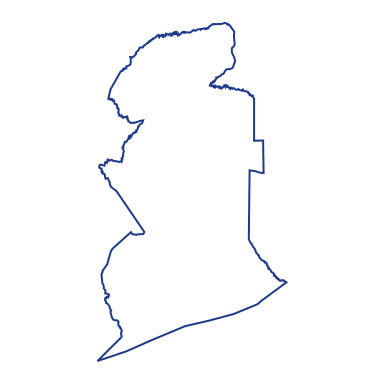 Petauke, Eastern, Zambia
{"feature_id": "96606910B40532044353326", "entity_name": "Petauke", "entity_type": "district", "adm_level": 2, "iso_a3": "ZMB", "parent_name": "Zambia", "parent_adm1": "Eastern", "projection": "equal_earth", "projection_center": [31.255, -14.345], "detail": "fine", "context": "isolated", "style": "outline", "palette": "blue", "viewbox_px": 384, "rotation_deg": 0, "n_neighbors": 0, "source": "geoboundaries", "source_scale": "gbopen_adm2", "svg_char_len": 5875}
<svg xmlns="http://www.w3.org/2000/svg" viewBox="0 0 384 384"><path d="M154.3,38.3L152.8,38.5L152.9,39.2L152.2,39.4L151.5,40.2L150.9,40.1L150.7,40.8L149.9,40.9L149.5,41.8L149.1,41.6L149.0,42.1L148.1,42.8L147.7,42.7L144.7,45.3L143.6,45.8L143.0,47.4L139.7,47.6L138.5,50.2L136.0,52.5L136.1,54.0L133.6,56.6L131.5,57.9L131.0,56.9L130.2,57.0L130.8,58.4L130.6,64.1L129.1,65.5L126.4,66.3L126.3,68.4L125.2,68.5L124.3,69.2L124.1,68.4L123.7,68.5L122.5,69.9L122.5,70.8L122.2,71.1L120.7,71.4L110.5,89.4L108.3,98.8L108.6,99.0L108.9,98.6L109.2,99.0L109.4,98.7L109.7,99.2L110.2,99.1L110.4,99.4L110.8,99.2L111.1,99.7L111.8,98.8L112.2,99.0L113.0,100.9L114.0,100.5L114.6,103.7L116.9,104.5L116.8,106.2L117.7,107.6L117.3,108.1L118.7,109.2L118.6,111.1L118.1,112.2L118.8,113.2L119.0,113.8L118.8,114.7L119.3,115.0L119.3,115.5L120.2,116.1L121.4,115.3L121.7,116.6L122.4,116.6L122.6,117.5L123.3,117.9L124.1,116.9L125.7,117.3L126.5,116.5L127.1,116.4L127.8,118.4L127.3,118.9L127.6,119.7L128.3,120.3L128.6,120.9L128.4,121.2L129.7,122.0L129.8,122.4L131.0,123.0L133.7,122.6L134.3,122.9L141.1,120.6L141.6,120.8L143.1,120.4L142.2,122.9L140.7,124.2L140.2,124.2L139.3,125.2L138.7,126.5L138.0,126.7L138.2,127.4L137.8,128.6L136.5,130.7L136.3,130.5L136.1,131.3L136.4,131.8L135.3,132.3L134.9,132.0L134.5,132.9L132.8,133.4L132.3,134.7L131.6,135.0L131.5,136.3L131.0,136.5L130.8,137.1L130.5,136.6L129.9,136.5L129.7,135.7L128.8,136.3L128.7,138.0L129.2,138.3L129.1,138.9L128.2,138.9L126.6,141.4L125.9,142.0L125.1,141.7L124.6,142.4L124.3,143.7L123.6,144.8L123.6,146.0L122.7,146.7L122.9,147.4L122.6,148.2L123.3,148.3L123.1,148.9L123.8,151.6L123.4,152.6L123.0,155.9L122.7,156.3L122.9,156.6L122.4,157.8L121.6,158.4L122.2,159.0L122.3,159.7L121.7,160.2L121.9,160.7L121.5,162.0L120.8,161.4L118.5,162.0L116.7,161.2L113.5,161.1L112.0,159.9L111.1,159.8L109.3,160.8L108.2,159.5L107.5,159.6L107.0,162.8L105.9,162.1L105.3,162.1L104.5,165.7L100.4,164.6L99.9,164.9L99.1,166.6L99.5,167.9L100.4,168.0L101.6,169.0L101.4,169.9L101.8,170.2L101.5,171.8L101.9,172.6L102.7,172.1L102.9,173.7L103.9,173.7L105.0,174.9L104.8,175.9L105.7,178.8L107.4,178.0L108.0,178.2L108.9,180.9L109.7,182.1L109.9,184.4L111.1,187.0L116.4,191.0L144.3,231.9L143.8,233.2L143.1,234.1L137.5,234.4L136.4,234.8L132.4,234.1L131.7,233.5L131.0,232.1L112.7,248.5L110.9,251.1L107.2,264.3L102.4,271.0L102.6,271.9L101.5,274.3L102.3,283.0L103.7,285.6L103.8,288.4L105.5,290.6L105.2,293.4L107.3,293.7L108.8,294.4L108.6,295.1L108.9,295.7L108.4,296.0L108.4,296.9L108.1,297.4L107.9,297.0L106.8,296.8L105.9,297.8L105.9,298.4L105.2,298.3L105.0,300.0L106.0,301.5L106.0,302.9L107.7,303.8L109.6,306.5L109.7,308.1L111.2,310.6L110.5,311.6L110.5,312.2L112.0,317.7L113.4,319.7L114.7,320.2L117.4,320.4L118.3,321.4L118.5,322.6L118.2,324.2L118.6,325.6L119.4,326.2L119.7,327.0L120.1,327.0L120.3,328.2L120.7,328.3L121.2,329.7L121.6,330.1L121.8,331.2L121.2,332.4L121.0,334.1L121.7,336.2L121.5,337.1L97.5,361.0L126.2,351.4L149.6,341.0L185.0,326.2L208.7,320.7L233.7,314.0L257.1,304.4L262.6,299.9L286.5,282.3L285.2,281.3L284.2,281.3L283.7,280.5L283.5,280.8L282.3,280.2L280.7,280.7L280.0,280.2L279.8,280.6L278.1,278.7L277.8,279.0L277.3,278.2L277.1,278.5L276.2,277.9L276.0,276.6L275.1,276.2L275.0,275.7L274.0,275.6L274.3,274.5L274.2,274.1L273.8,274.1L272.9,272.7L271.5,272.1L270.2,269.5L269.0,268.9L268.9,268.2L268.4,268.6L268.0,267.7L267.5,265.4L266.8,265.0L266.8,263.5L266.0,262.6L265.2,262.6L265.3,262.2L264.5,261.4L264.0,261.5L263.4,260.8L262.4,260.6L259.7,257.9L258.9,256.0L258.9,255.5L258.2,255.3L258.2,254.9L256.2,252.6L255.5,251.0L255.2,249.5L252.9,246.5L251.4,243.5L250.1,242.2L248.8,239.0L249.6,170.3L255.4,171.2L259.4,172.5L263.6,173.1L263.1,140.5L254.1,140.7L254.1,98.6L253.7,98.3L252.7,95.7L252.4,96.1L251.5,96.2L250.2,94.3L249.5,94.8L249.2,93.6L248.7,92.8L248.2,92.9L247.9,92.5L248.1,92.3L247.9,91.8L243.9,90.9L242.8,89.4L242.5,89.7L242.6,90.5L242.4,90.7L239.5,90.1L238.6,89.1L236.8,89.8L235.1,89.3L233.9,88.2L232.8,88.3L232.4,88.7L231.5,87.8L231.0,88.4L230.2,88.1L230.1,88.9L229.5,88.6L229.4,87.5L228.5,87.2L228.2,86.7L227.5,86.9L227.5,86.4L227.0,86.4L227.2,85.7L226.1,85.0L225.7,85.4L226.0,85.6L225.9,86.2L225.1,85.9L225.1,86.4L224.8,85.9L224.5,86.2L224.1,85.6L222.7,87.6L222.1,88.0L221.9,87.7L221.5,88.3L221.3,87.9L219.6,88.1L219.9,87.0L219.7,86.5L218.6,86.9L218.2,86.5L217.9,86.9L217.1,86.9L215.6,85.8L215.3,86.8L214.3,86.2L214.7,87.5L214.0,87.4L213.8,86.3L212.2,86.3L211.3,85.3L210.8,85.2L210.9,84.9L210.5,85.0L210.1,85.7L209.8,85.3L210.5,84.8L210.7,84.0L210.9,84.2L211.3,83.2L211.6,83.5L211.9,82.9L213.2,82.5L213.1,81.9L213.8,82.2L214.4,81.3L214.3,81.0L215.1,80.8L215.1,80.0L215.6,79.8L216.1,78.9L216.3,77.4L217.4,77.7L218.8,76.5L219.9,76.3L221.8,74.3L223.5,73.8L225.4,70.4L226.3,69.6L227.6,69.1L229.9,69.1L231.8,68.4L232.6,67.8L233.3,66.3L235.2,60.8L234.1,57.0L232.2,53.3L231.8,50.8L231.9,48.1L234.1,46.0L234.7,44.0L233.9,36.4L234.3,31.7L229.6,25.2L228.8,25.1L228.6,24.6L228.0,24.7L227.7,24.0L227.1,24.1L227.0,23.6L224.7,23.0L220.2,24.2L218.1,23.8L217.2,24.2L215.5,24.2L214.9,23.9L213.7,24.5L213.0,24.1L211.8,24.5L211.0,25.6L209.8,26.1L208.7,27.1L208.6,28.0L208.2,28.3L207.0,28.0L206.8,28.9L205.4,29.2L204.9,28.4L203.6,28.4L203.3,28.8L201.1,28.9L200.7,29.6L200.4,29.1L197.7,29.4L195.9,30.6L195.6,30.3L194.5,30.6L193.6,30.0L190.2,32.6L187.5,32.3L186.6,32.6L185.7,32.3L184.7,32.7L184.6,32.1L183.8,32.4L183.8,31.9L183.4,31.9L181.8,32.5L180.3,34.3L179.8,34.4L178.8,35.4L178.0,35.5L177.9,33.8L177.1,34.4L175.8,34.2L176.4,32.4L175.3,33.0L175.4,32.0L174.9,31.9L174.0,33.7L173.2,32.8L172.9,33.0L172.8,34.4L172.2,35.5L171.1,35.5L171.7,34.9L171.8,34.1L171.2,34.2L170.1,33.5L168.1,34.9L166.8,33.8L165.9,34.9L165.6,34.5L165.3,36.1L164.7,35.9L163.9,36.2L163.5,37.0L162.8,36.8L162.5,36.0L163.1,35.0L162.8,34.9L162.4,35.6L161.9,35.7L161.5,35.1L160.2,36.0L159.2,37.3L158.8,36.3L159.1,35.4L158.7,34.9L158.2,35.5L157.2,35.5L156.0,36.9L154.3,38.3Z" fill="none" stroke="#1e3a8a" stroke-width="2"/></svg>